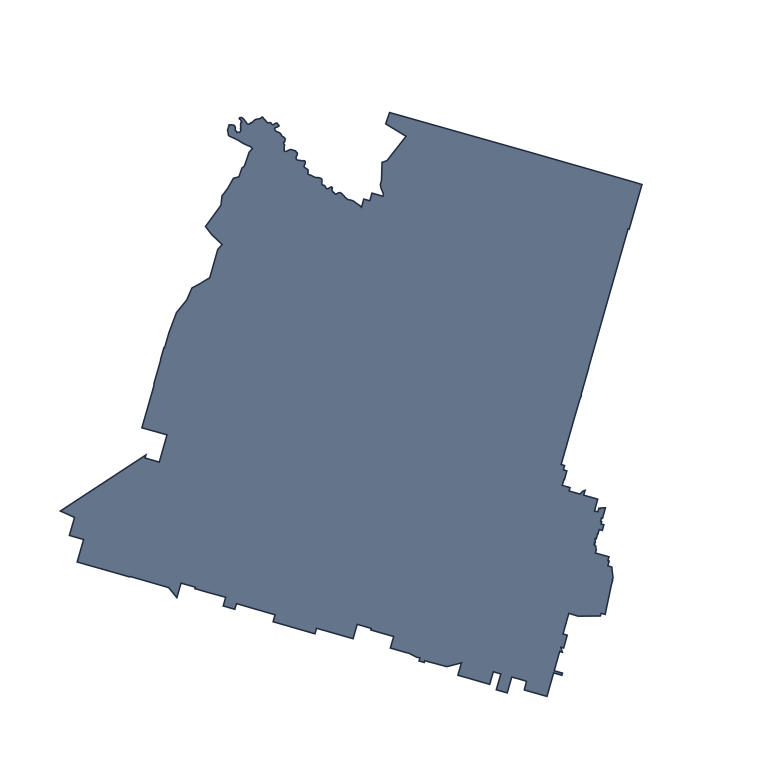 outline of Gnowangerup, Western Australia, Australia, rotated 196°
{"feature_id": "25037944B50241547651602", "entity_name": "Gnowangerup", "entity_type": "district", "adm_level": 2, "iso_a3": "AUS", "parent_name": "Australia", "parent_adm1": "Western Australia", "projection": "equal_earth", "projection_center": [118.388, -34.087], "detail": "fine", "context": "isolated", "style": "filled", "palette": "slate", "viewbox_px": 768, "rotation_deg": 196, "n_neighbors": 0, "source": "geoboundaries", "source_scale": "gbopen_adm2", "svg_char_len": 6015}
<svg xmlns="http://www.w3.org/2000/svg" viewBox="0 0 768 768"><g transform="rotate(196 384 384)"><path d="M604.3,590.5L604.3,584.3L603.4,583.5L602.4,580.6L601.2,579.7L591.8,578.2L586.0,576.5L579.8,575.5L578.2,575.6L575.4,574.0L577.5,569.7L578.3,554.8L580.1,552.5L580.6,543.2L585.5,540.2L588.2,528.9L591.6,520.0L590.0,510.9L599.0,486.2L590.7,480.0L578.1,473.5L580.9,467.5L580.8,438.2L588.8,429.5L595.1,423.3L596.8,410.4L603.2,395.4L604.9,373.9L604.9,358.3L605.6,358.3L605.6,346.4L605.3,344.9L605.3,320.9L604.8,319.9L604.7,314.9L604.7,275.1L578.6,275.3L578.5,247.0L593.3,247.0L593.3,250.2L660.1,172.7L644.7,170.4L644.7,151.7L629.9,151.7L629.9,128.3L575.1,128.4L574.7,129.0L557.2,129.0L534.9,128.9L524.2,121.5L524.2,136.6L509.4,136.7L509.4,135.1L496.0,135.1L477.4,135.3L477.4,126.3L465.3,126.3L465.3,126.9L465.3,132.2L425.1,132.1L425.1,124.9L381.5,124.8L381.5,130.6L343.5,130.6L343.5,145.6L328.9,145.5L328.9,143.9L305.1,143.9L305.1,131.9L288.2,131.9L286.4,132.1L277.0,130.3L274.0,130.7L274.0,127.4L268.6,127.4L268.6,129.2L245.7,129.6L232.6,137.3L232.7,135.7L232.7,124.4L199.6,124.4L199.6,137.5L191.8,137.5L191.8,121.0L180.4,121.0L180.4,137.5L166.3,137.6L165.1,137.4L164.9,128.8L164.7,128.5L141.2,128.6L141.3,153.0L132.7,153.0L132.7,155.3L141.3,155.3L141.4,175.3L138.5,175.3L138.7,175.6L139.0,175.7L139.2,176.3L141.5,179.7L138.5,179.7L138.6,193.1L143.0,193.1L143.1,214.5L134.3,214.3L133.5,214.3L132.7,214.5L112.1,220.6L111.9,223.5L107.9,223.4L107.9,223.8L109.8,250.4L110.1,251.2L109.9,251.9L110.1,254.9L110.0,258.2L110.6,258.9L110.3,260.5L114.6,270.9L118.7,270.9L118.7,275.9L120.1,275.9L120.1,279.9L134.2,279.8L134.2,283.5L134.8,283.9L135.7,286.6L137.7,287.3L137.2,288.2L138.1,289.0L137.2,289.6L137.4,291.0L138.2,292.1L138.3,293.2L138.5,293.5L137.7,294.4L137.3,294.1L137.3,299.0L137.0,298.9L137.0,303.4L133.8,303.4L133.8,309.3L136.8,309.3L136.8,311.8L138.0,311.8L138.0,315.1L136.9,315.1L137.0,326.1L141.7,324.5L141.7,323.9L143.2,323.9L143.3,320.0L146.6,320.0L146.6,322.7L146.7,323.0L146.8,332.2L161.4,332.2L161.4,337.3L163.4,335.7L165.3,332.2L176.6,332.2L176.6,335.7L184.7,335.7L184.7,341.8L184.2,341.8L184.3,350.9L187.9,351.0L187.9,355.4L191.5,355.4L191.6,402.7L191.6,403.0L191.6,406.9L191.5,423.8L191.0,427.0L191.6,428.8L191.6,455.7L191.8,456.7L192.0,525.4L192.1,600.5L191.0,600.4L191.0,646.9L200.0,647.0L312.5,647.0L453.5,646.5L454.1,634.5L431.1,628.2L442.7,599.6L446.6,596.7L447.0,596.6L442.5,578.8L442.5,576.5L442.6,575.0L440.8,571.3L437.0,566.7L436.8,564.2L448.2,564.2L448.2,556.2L454.4,556.2L454.4,547.7L456.3,548.8L456.5,548.8L457.0,549.0L459.2,549.8L459.4,549.8L460.1,550.0L460.4,550.1L461.2,550.4L461.3,550.4L461.8,550.7L462.0,550.7L462.6,551.1L463.1,551.2L463.3,551.3L463.5,551.3L464.0,551.5L464.4,551.5L464.7,551.6L465.5,551.6L466.3,551.6L466.7,551.7L467.1,551.7L467.5,551.5L468.2,551.4L468.6,551.5L469.7,551.4L470.1,551.6L471.3,552.1L471.6,552.2L471.9,552.4L472.5,552.5L472.8,552.6L473.2,553.0L473.3,553.1L473.5,553.2L473.6,553.4L474.2,553.7L474.3,553.9L474.7,554.0L474.9,554.0L476.0,554.7L476.5,555.2L477.2,555.5L477.4,555.5L477.6,555.6L479.1,555.9L480.1,555.5L480.3,555.4L480.5,555.2L481.0,554.8L481.4,554.4L481.6,554.1L481.9,553.9L482.2,553.6L482.3,553.4L482.7,553.1L483.2,553.2L483.5,553.3L484.1,553.7L484.6,554.1L484.8,554.2L485.2,554.3L485.4,554.2L485.7,554.4L486.0,554.5L486.2,554.8L486.6,555.0L486.8,555.3L487.2,555.6L487.4,556.1L487.4,556.3L487.6,556.6L487.7,557.0L487.7,557.5L487.6,557.8L487.7,558.1L487.9,558.1L487.9,558.5L488.0,558.7L488.4,558.9L488.8,559.0L489.5,558.6L489.7,558.4L490.4,557.7L490.5,557.6L491.1,556.9L491.5,556.6L491.8,556.4L492.6,556.0L493.0,555.9L493.6,556.2L493.8,556.4L494.0,556.7L494.4,557.2L495.0,557.6L495.1,557.9L495.4,558.0L495.9,558.4L496.7,558.5L496.8,558.3L497.3,558.2L498.1,558.5L498.6,558.9L498.9,559.1L499.0,559.4L499.1,559.9L499.2,560.3L499.3,561.1L499.7,562.4L500.0,563.2L499.9,563.3L500.5,564.0L501.0,564.2L502.5,564.4L503.1,564.4L503.8,564.4L505.1,564.1L505.5,563.9L506.5,563.7L507.3,563.7L507.6,563.8L508.2,563.8L508.9,563.9L510.0,564.1L510.7,564.4L511.8,564.6L513.0,564.6L514.1,564.6L515.0,565.0L515.4,565.8L515.2,565.9L515.3,566.7L515.9,568.8L517.0,569.4L519.2,570.0L519.9,570.3L520.5,570.7L520.8,571.3L520.9,572.0L520.6,573.2L520.6,574.0L520.7,575.2L521.3,576.4L521.9,576.8L523.0,576.5L523.4,576.1L524.2,575.8L525.4,575.9L526.6,575.9L527.6,575.5L528.6,575.4L529.4,575.6L530.2,576.0L530.6,576.4L530.9,577.2L531.0,579.1L530.5,580.4L530.8,581.9L531.2,582.4L532.0,582.6L532.6,583.3L533.7,583.9L534.3,583.6L535.9,583.8L537.7,583.8L538.9,583.5L541.6,581.1L542.6,580.4L543.2,580.3L544.0,580.5L544.5,581.2L544.4,581.7L544.7,582.6L544.9,583.4L545.2,583.9L545.5,585.4L545.3,586.1L545.7,586.7L546.3,587.0L546.9,587.8L547.1,588.8L546.4,589.1L546.2,589.6L546.4,591.8L546.8,592.8L548.2,593.6L549.7,594.0L550.8,594.5L551.1,594.9L552.3,596.1L553.6,596.7L555.1,597.0L555.6,596.9L556.3,597.0L557.4,597.2L558.4,597.8L558.8,598.2L559.5,599.1L559.7,599.7L558.3,600.9L557.5,601.4L556.0,603.2L556.3,603.7L557.7,604.4L558.2,605.0L558.8,605.4L559.2,605.1L560.1,604.8L561.0,603.9L561.4,603.2L562.0,602.7L563.4,602.7L564.7,603.9L565.7,603.9L566.5,603.6L567.5,603.0L568.1,602.9L568.7,603.4L569.6,604.0L570.2,604.5L571.2,605.1L572.3,605.6L573.1,606.3L574.0,606.9L574.7,607.1L575.8,605.6L576.6,604.9L577.5,604.3L578.1,604.1L578.5,603.9L579.3,603.5L580.1,603.1L580.8,602.5L581.3,601.7L582.1,600.5L582.9,599.3L583.7,598.1L584.1,598.3L584.8,597.2L585.8,596.4L586.7,596.3L587.6,596.6L588.2,597.1L588.6,597.7L589.8,598.3L591.7,599.9L593.2,600.6L594.4,601.0L595.4,600.6L596.1,600.2L596.4,599.5L595.8,598.7L595.3,598.8L594.7,598.5L593.8,597.4L593.1,596.7L593.0,596.2L593.6,596.0L593.3,593.5L593.1,592.6L592.7,592.0L592.4,591.0L592.5,590.0L592.0,589.6L591.7,589.0L591.7,588.2L591.7,587.1L592.0,586.3L593.3,586.0L593.8,585.6L594.5,585.2L595.2,586.0L596.0,586.5L596.4,586.4L597.1,587.1L597.2,588.2L597.4,589.2L597.8,589.6L597.8,589.8L598.3,590.7L598.7,590.8L599.2,591.3L600.5,591.4L601.6,591.0L602.4,591.1L603.4,590.7L604.3,590.5Z" fill="#64748b" stroke="#1e293b" stroke-width="1.5"/></g></svg>